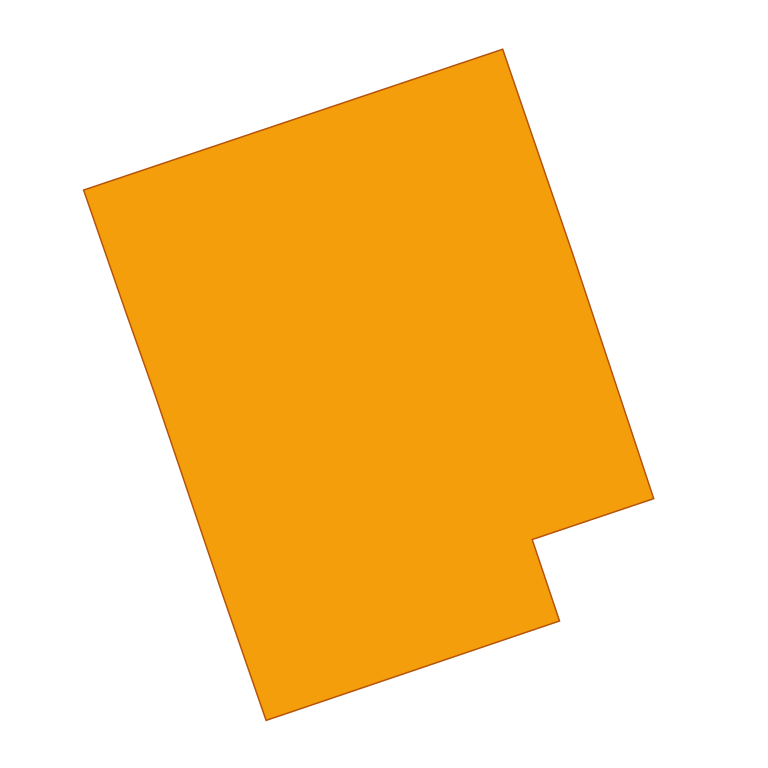 outline of Greenwood, Kansas, United States of America, rotated 161°
{"feature_id": "52423323B21411074384100", "entity_name": "Greenwood", "entity_type": "district", "adm_level": 2, "iso_a3": "USA", "parent_name": "United States of America", "parent_adm1": "Kansas", "projection": "albers", "projection_center": [-96.223, 37.888], "detail": "fine", "context": "isolated", "style": "filled", "palette": "amber", "viewbox_px": 768, "rotation_deg": 161, "n_neighbors": 0, "source": "geoboundaries", "source_scale": "gbopen_adm2", "svg_char_len": 303}
<svg xmlns="http://www.w3.org/2000/svg" viewBox="0 0 768 768"><g transform="rotate(161 384 384)"><path d="M295.2,102.8L294.5,188.7L166.3,187.8L163.2,446.2L162.8,661.9L604.9,665.2L604.7,536.1L604.0,449.4L605.2,233.6L605.0,104.3L295.2,102.8Z" fill="#f59e0b" stroke="#b45309" stroke-width="1.5"/></g></svg>